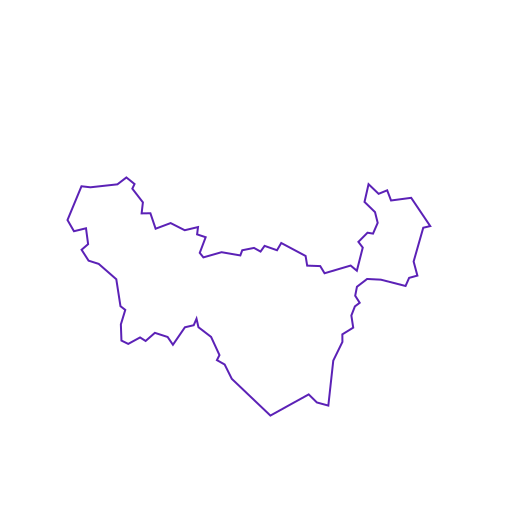 the district of Perry, Kentucky, United States of America, rotated 142°
{"feature_id": "52423323B29211296976241", "entity_name": "Perry", "entity_type": "district", "adm_level": 2, "iso_a3": "USA", "parent_name": "United States of America", "parent_adm1": "Kentucky", "projection": "mercator", "projection_center": [-83.253, 37.218], "detail": "fine", "context": "isolated", "style": "outline", "palette": "violet", "viewbox_px": 512, "rotation_deg": 142, "n_neighbors": 0, "source": "geoboundaries", "source_scale": "gbopen_adm2", "svg_char_len": 1268}
<svg xmlns="http://www.w3.org/2000/svg" viewBox="0 0 512 512"><g transform="rotate(142 256 256)"><path d="M123.1,243.3L137.2,231.8L135.2,217.3L139.7,207.2L150.0,201.6L153.8,205.7L166.6,204.1L166.7,196.9L185.6,182.3L187.3,190.2L212.6,200.2L211.6,208.5L221.6,216.9L216.9,225.5L228.1,250.7L235.9,247.6L243.0,258.7L249.7,256.7L252.6,263.6L263.3,269.0L268.0,266.1L280.8,280.2L298.3,287.3L298.4,293.1L284.1,301.8L289.1,309.3L283.9,314.5L296.3,320.2L303.0,334.5L318.3,339.3L312.9,354.7L319.9,360.0L312.1,367.9L312.0,385.2L307.4,387.5L309.8,397.7L321.1,397.8L344.2,412.1L350.6,418.4L382.4,400.4L384.2,387.6L372.9,382.5L381.0,368.7L389.6,368.3L390.8,355.4L384.8,346.6L380.4,323.7L393.7,299.9L392.2,294.0L404.6,285.3L414.1,272.2L410.8,265.4L397.5,263.2L395.3,257.0L383.0,257.7L375.5,246.6L376.1,237.2L355.9,243.6L347.7,239.8L341.5,243.2L345.2,235.3L341.2,219.9L345.8,200.4L350.9,198.0L347.5,189.8L350.7,174.1L342.9,121.4L299.7,114.5L298.2,103.1L291.1,93.6L259.5,126.0L240.8,135.1L236.2,141.1L223.5,139.7L217.5,150.4L209.1,155.4L203.1,155.3L202.3,163.6L195.4,169.6L182.6,169.5L172.2,160.5L156.6,140.3L148.8,144.5L140.9,141.2L135.2,154.6L106.8,175.3L100.3,172.3L97.9,206.3L115.4,216.6L112.2,227.0L121.1,229.5L123.1,243.3Z" fill="none" stroke="#5b21b6" stroke-width="2"/></g></svg>